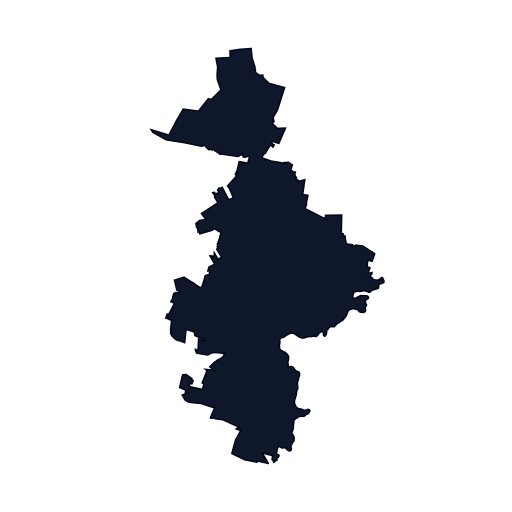 Sedibeng, Gauteng, South Africa (Albers equal-area conic projection), rotated 283°
{"feature_id": "47623444B84489694859974", "entity_name": "Sedibeng", "entity_type": "district", "adm_level": 2, "iso_a3": "ZAF", "parent_name": "South Africa", "parent_adm1": "Gauteng", "projection": "albers", "projection_center": [28.102, -26.548], "detail": "fine", "context": "isolated", "style": "filled", "palette": "ink", "viewbox_px": 512, "rotation_deg": 283, "n_neighbors": 0, "source": "geoboundaries", "source_scale": "gbopen_adm2", "svg_char_len": 6114}
<svg xmlns="http://www.w3.org/2000/svg" viewBox="0 0 512 512"><g transform="rotate(283 256 256)"><path d="M122.2,211.1L110.6,211.2L109.5,217.7L105.5,218.0L104.0,215.4L99.6,219.3L98.4,223.6L99.9,235.7L98.6,249.8L88.0,247.9L87.9,249.5L89.0,252.1L88.2,252.8L89.0,260.5L86.0,275.0L85.6,277.8L83.0,275.6L82.5,280.4L72.1,277.4L58.1,276.9L54.9,290.7L55.3,303.4L56.6,303.5L56.6,314.6L57.0,314.5L65.5,306.4L65.2,314.2L65.3,317.0L61.3,317.4L60.6,318.5L58.9,319.8L61.2,321.5L61.7,322.4L62.7,321.9L63.6,322.0L64.9,323.1L66.6,323.4L66.9,323.3L67.4,322.6L67.5,320.9L67.9,320.4L73.8,320.2L75.0,320.7L75.4,321.4L75.4,322.5L74.7,324.8L75.8,326.9L74.6,329.6L73.8,330.8L73.5,332.0L73.9,333.2L74.9,334.0L76.8,333.7L77.3,333.0L78.1,332.8L82.5,333.6L84.1,334.5L85.3,334.5L88.1,333.9L92.1,330.4L93.8,331.0L96.3,331.2L100.5,330.4L101.8,330.4L103.5,329.9L104.7,330.1L106.2,331.0L107.5,332.6L108.2,332.8L108.8,333.4L110.2,336.6L110.5,338.6L110.9,339.2L112.7,340.5L114.3,342.6L117.5,343.4L118.2,342.6L118.3,341.6L118.1,340.8L116.9,338.9L116.6,337.7L116.6,336.9L117.0,335.0L116.9,331.5L117.6,329.4L121.3,326.5L123.7,326.1L129.8,326.5L133.5,326.0L136.3,326.6L142.1,324.7L144.8,325.1L147.4,324.9L149.2,325.4L151.6,324.8L152.6,324.1L153.1,320.7L154.3,319.0L155.6,317.8L156.2,316.2L156.4,315.0L155.3,313.8L155.7,312.6L156.3,312.1L160.3,310.8L162.0,311.0L164.9,310.6L165.8,310.1L167.1,308.7L168.7,306.2L168.9,304.5L169.8,301.7L170.5,300.4L171.0,299.9L174.3,298.9L177.6,298.7L179.3,297.9L180.4,298.0L181.9,299.0L183.5,301.8L184.8,302.7L187.8,306.0L188.7,307.3L189.0,308.4L189.0,310.7L187.2,315.2L186.4,318.3L186.7,320.8L189.4,325.5L189.7,327.3L191.0,330.7L191.0,332.7L192.3,333.7L195.1,334.9L196.5,336.4L197.5,336.4L197.7,336.7L197.6,337.5L197.1,338.1L195.5,339.2L194.2,339.5L193.7,339.9L193.3,340.6L193.6,341.5L194.7,341.9L196.1,342.1L199.8,341.7L200.6,342.6L201.5,342.7L203.0,343.5L204.1,344.6L204.1,345.8L204.8,348.4L205.9,348.8L207.0,349.6L209.3,350.8L209.3,351.7L210.9,352.7L212.6,354.7L216.2,356.7L218.6,357.5L221.4,357.8L223.7,358.5L224.5,358.9L226.3,361.8L226.6,362.9L226.6,365.9L226.4,367.6L225.0,369.1L224.8,370.4L224.9,372.3L225.2,373.4L225.9,374.5L226.5,374.9L227.7,375.1L230.0,374.0L230.9,374.1L232.4,374.7L233.3,374.7L235.5,372.9L236.7,372.7L238.0,373.0L239.7,374.9L240.7,375.1L241.3,374.8L242.0,373.9L242.1,372.6L241.0,367.1L240.4,366.1L237.1,362.2L236.6,361.1L237.4,359.8L238.5,359.3L241.9,359.4L242.7,359.8L244.3,362.0L244.7,363.5L244.7,365.0L246.4,368.6L246.6,370.2L246.1,374.3L246.3,375.0L246.7,375.5L248.1,376.1L248.8,377.0L251.9,382.3L252.7,382.5L254.8,382.1L256.0,382.5L256.9,383.5L258.3,385.9L259.2,386.6L260.5,386.3L263.4,384.1L263.2,383.1L260.9,381.5L260.2,380.6L259.6,378.9L259.4,376.3L259.7,375.4L261.0,373.7L261.9,371.8L263.0,371.9L264.7,373.0L266.0,372.8L264.4,369.1L270.2,369.7L270.6,366.6L277.1,365.9L276.9,370.3L284.9,371.2L289.8,357.8L289.0,350.6L288.0,350.3L287.7,347.7L288.7,347.6L288.1,341.0L289.0,340.9L294.3,338.6L295.5,338.5L295.3,336.3L297.3,335.9L297.0,334.1L315.2,330.3L311.3,314.6L307.8,314.9L313.2,293.2L317.8,293.6L320.0,293.1L326.8,293.0L326.6,287.7L341.3,286.4L338.0,280.2L338.6,280.1L338.8,280.7L339.0,280.6L339.9,278.6L340.0,277.5L340.5,277.1L341.5,277.8L343.0,276.1L343.9,275.5L346.7,275.5L346.3,272.9L347.0,272.4L347.1,272.0L346.0,270.5L353.0,270.9L354.6,266.5L353.2,261.9L352.4,261.1L352.6,258.7L351.9,249.3L353.0,240.2L354.7,239.7L356.1,240.5L356.6,239.9L357.4,239.7L357.3,240.6L357.0,240.7L358.0,241.9L367.4,245.1L365.9,248.1L368.4,248.8L369.3,245.7L371.4,246.4L370.8,252.9L387.3,256.0L385.2,248.1L387.0,245.3L388.5,242.2L389.2,242.3L391.0,243.4L391.3,243.2L391.0,242.8L391.2,242.3L392.2,242.6L394.8,241.6L403.2,244.1L426.5,246.0L427.2,229.8L431.7,222.5L433.7,222.1L432.9,218.2L434.8,214.2L437.9,213.3L437.6,212.3L439.6,212.7L448.0,207.7L457.1,204.6L453.7,193.6L450.1,184.5L443.6,186.1L439.7,172.5L431.5,176.1L423.7,177.3L419.2,178.6L410.1,184.4L398.5,177.3L398.5,174.1L384.2,167.3L382.8,152.0L370.3,148.1L354.2,143.9L355.5,125.4L353.2,127.7L349.0,142.5L350.3,160.9L350.7,178.6L351.7,179.0L351.6,179.8L352.4,181.1L350.5,183.4L349.0,186.0L349.8,188.6L349.3,189.7L350.0,190.0L350.1,191.4L349.4,192.1L347.3,197.7L347.0,197.8L347.5,199.0L348.9,215.9L349.5,217.0L349.9,217.1L350.6,217.9L350.6,217.7L351.7,218.7L352.5,218.8L351.4,219.4L352.0,220.1L349.6,221.3L349.8,223.1L350.1,223.0L351.7,227.4L344.7,227.0L344.5,224.4L343.6,224.3L343.5,223.0L344.5,223.1L344.2,218.3L335.6,218.4L333.2,217.8L333.1,219.5L331.3,217.6L331.2,218.2L330.7,218.0L329.9,218.3L329.4,218.9L317.9,212.5L315.6,215.1L307.4,220.9L305.8,218.2L304.6,216.8L315.4,207.6L313.3,205.3L313.9,204.7L311.5,203.7L309.3,205.9L307.6,202.5L308.7,201.0L308.0,199.5L305.2,202.6L304.1,202.3L299.3,206.9L285.1,193.3L280.3,199.0L278.0,193.1L274.2,190.1L270.5,191.7L269.7,193.0L266.2,194.2L267.0,195.0L264.9,196.3L271.2,207.5L273.2,209.2L270.9,216.6L264.7,216.4L258.4,215.7L257.4,217.0L257.5,216.8L256.4,216.0L255.8,216.9L253.8,216.2L248.9,220.9L247.2,222.9L244.3,219.6L249.8,214.6L247.0,215.0L245.2,214.6L245.8,214.3L246.2,213.1L245.8,211.1L238.7,217.6L234.7,212.7L230.8,212.4L231.5,213.3L227.9,215.1L225.5,211.0L219.4,210.7L217.8,210.4L216.4,210.3L215.2,210.7L214.5,210.0L212.5,209.7L213.0,207.6L215.2,201.9L215.7,201.1L216.5,198.1L219.2,190.6L214.1,182.0L204.7,186.7L204.5,189.1L203.7,190.3L201.8,186.2L202.2,186.0L201.1,184.4L198.0,184.1L195.4,184.2L192.3,183.3L191.6,187.2L179.4,184.1L179.5,182.6L176.0,182.2L175.3,181.9L174.3,188.2L166.1,189.2L161.4,190.2L159.4,191.9L157.8,194.3L156.5,196.8L156.1,199.3L156.2,201.5L155.7,203.6L155.9,204.2L155.5,206.0L168.7,204.4L168.1,212.8L164.6,214.5L163.1,224.8L161.5,224.8L162.3,218.7L151.2,220.7L151.0,218.7L151.5,218.2L151.5,217.9L150.6,218.1L148.0,220.0L148.6,230.8L149.0,231.7L150.0,232.6L152.1,235.6L153.3,241.0L153.5,241.1L153.4,243.0L153.8,248.4L153.6,247.0L151.6,247.0L150.1,246.4L147.2,243.6L146.7,242.7L145.4,241.4L145.2,241.5L143.1,239.3L137.5,235.9L135.2,240.8L134.2,232.3L133.3,234.0L120.2,232.1L120.0,234.1L114.0,233.7L113.8,220.1L116.9,220.4L117.0,222.3L120.4,222.8L121.4,220.8L122.2,221.1L124.8,214.6L123.9,211.5L122.2,211.1Z" fill="#0f172a" stroke="#020617" stroke-width="1.5"/></g></svg>